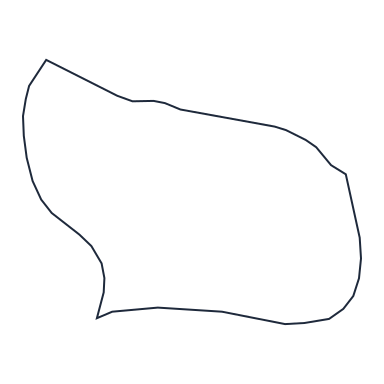 an SVG outline of Bắc Ninh
{"feature_id": "VNM-463", "entity_name": "Bắc Ninh", "entity_type": "Province", "adm_level": 1, "iso_a3": "VNM", "parent_name": "Vietnam", "parent_adm1": "", "projection": "natural_earth1", "projection_center": [106.104, 21.117], "detail": "fine", "context": "isolated", "style": "outline", "palette": "slate", "viewbox_px": 384, "rotation_deg": 0, "n_neighbors": 0, "source": "natural_earth", "source_scale": "10m", "svg_char_len": 567}
<svg xmlns="http://www.w3.org/2000/svg" viewBox="0 0 384 384"><path d="M222.0,311.7L157.8,307.6L112.2,311.7L96.9,318.2L103.7,292.4L104.4,278.1L101.6,263.4L91.4,246.1L79.4,234.6L51.7,213.0L41.2,199.6L32.6,181.0L26.7,157.8L23.8,135.8L23.0,116.1L25.8,99.0L29.1,85.9L46.2,59.9L117.3,95.8L132.5,101.3L153.6,100.9L164.9,103.1L180.4,109.5L274.7,126.6L286.0,130.1L305.8,140.0L316.2,147.2L331.1,165.2L345.8,174.3L359.7,237.7L361.0,258.5L359.0,278.3L353.3,296.0L343.3,308.9L329.1,318.9L304.4,323.0L285.1,324.1L222.0,311.7Z" fill="none" stroke="#1e293b" stroke-width="2"/></svg>